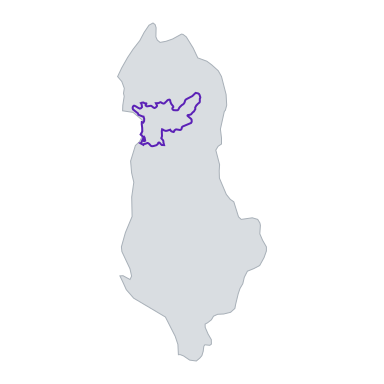 where Lezhë sits in Albania
{"feature_id": "ALB-1528", "entity_name": "Lezhë", "entity_type": "County", "adm_level": 1, "iso_a3": "ALB", "parent_name": "Albania", "parent_adm1": "", "projection": "orthographic", "projection_center": [19.841, 41.793], "detail": "fine", "context": "in_parent", "style": "outline", "palette": "violet", "viewbox_px": 384, "rotation_deg": 0, "n_neighbors": 0, "source": "natural_earth", "source_scale": "10m", "svg_char_len": 4045}
<svg xmlns="http://www.w3.org/2000/svg" viewBox="0 0 384 384"><path d="M122.6,110.8L122.8,105.2L124.2,96.3L123.5,93.4L124.3,88.3L121.8,81.5L117.6,76.6L121.7,67.9L127.6,57.5L133.1,49.2L139.8,40.6L144.2,32.3L149.0,25.2L153.0,23.0L155.1,24.6L156.1,27.7L155.9,36.9L157.3,40.1L160.1,42.4L166.0,41.3L172.6,39.0L181.5,34.1L183.0,34.4L186.3,36.9L193.2,48.1L197.8,57.9L206.8,61.2L211.9,65.0L218.3,70.8L221.5,76.6L226.1,94.5L226.7,105.2L225.4,110.2L224.3,111.5L220.4,129.1L221.5,138.1L221.5,144.0L218.1,146.3L215.8,150.1L219.6,164.7L219.2,170.9L219.4,178.1L226.3,194.4L230.3,199.4L233.8,201.8L238.5,216.8L241.2,219.4L252.3,217.8L257.7,219.4L259.9,223.0L260.4,225.4L259.8,233.8L262.6,240.3L266.4,246.9L266.4,251.0L264.0,257.7L259.7,265.5L253.8,268.6L247.4,271.2L244.3,277.3L242.8,283.7L240.0,288.5L238.2,293.8L235.6,304.5L234.9,308.4L230.6,312.3L223.7,314.0L217.6,314.3L213.5,316.2L211.4,319.8L207.5,322.8L205.1,324.1L205.2,327.4L208.1,334.1L211.3,339.6L211.4,344.1L209.8,345.3L204.8,344.8L203.8,346.4L203.2,351.3L201.9,355.6L199.8,358.1L196.3,361.0L189.7,360.1L183.5,355.9L180.2,354.6L178.4,354.7L177.9,344.4L175.2,336.3L165.4,317.0L133.7,298.2L126.3,289.7L123.1,282.6L119.9,275.9L123.0,275.7L126.1,277.4L130.0,279.5L131.6,276.1L130.0,268.8L121.9,251.6L121.4,246.9L125.4,232.6L132.1,216.5L131.7,197.0L133.8,182.3L131.6,172.8L130.6,161.1L135.4,145.5L139.5,141.7L142.1,136.7L142.3,120.1L133.1,112.4L122.6,110.8Z" fill="#d9dde1" stroke="#a8b0b8" stroke-width="1"/><path d="M140.4,143.2L141.2,143.0L142.8,139.1L143.4,139.1L143.5,140.3L143.8,141.0L144.4,141.1L145.2,140.7L144.6,137.7L144.1,136.9L143.4,137.6L143.0,136.7L140.6,134.5L142.3,131.4L142.2,127.9L141.7,124.1L141.8,122.1L143.3,122.6L144.1,121.1L144.2,118.8L143.5,116.6L142.9,116.6L138.3,114.7L138.0,113.4L133.0,109.4L132.6,108.0L132.9,106.7L133.6,105.8L134.3,105.7L135.5,106.2L138.3,107.9L139.8,108.6L141.0,108.2L142.0,107.1L141.7,104.8L141.3,103.6L140.9,103.1L141.8,102.7L143.2,102.5L143.5,102.5L143.8,102.7L144.1,103.0L144.5,103.2L145.1,103.3L146.0,103.3L146.3,103.4L146.4,103.7L146.3,103.9L146.0,104.3L145.7,104.8L145.6,105.3L145.8,105.6L146.1,105.9L146.8,106.3L147.5,106.3L150.6,105.8L151.3,105.9L151.9,106.3L153.5,107.6L154.5,108.0L155.3,107.7L156.0,107.2L156.6,106.6L156.9,106.2L157.0,105.8L156.9,105.3L155.9,103.2L158.5,103.1L160.1,102.3L160.6,102.2L161.2,102.5L161.9,103.0L163.2,103.5L163.9,103.5L164.5,103.3L164.9,102.9L165.5,102.2L166.4,101.5L167.2,100.5L168.1,99.9L169.0,99.7L169.6,99.7L170.1,100.2L170.2,100.7L170.4,101.9L171.1,103.5L171.4,104.1L173.1,106.2L173.3,106.7L173.3,107.1L173.1,107.4L172.4,108.1L172.3,108.5L172.4,109.0L172.7,109.5L173.2,109.9L173.9,110.2L177.1,110.3L177.8,110.1L178.3,109.7L179.2,107.9L179.8,107.1L181.7,105.2L183.0,104.4L183.7,103.8L184.5,102.6L185.2,100.3L185.9,99.5L186.9,98.9L192.3,96.1L195.6,92.9L198.1,93.4L199.1,94.1L199.5,94.8L200.2,96.9L200.3,97.6L200.1,98.2L199.8,98.8L199.8,99.6L199.8,100.4L199.8,101.5L199.7,102.1L199.5,102.5L197.9,103.8L197.5,104.2L197.3,104.5L197.1,104.8L196.8,104.9L196.6,105.1L196.3,105.5L195.2,107.5L195.3,109.1L193.9,111.5L192.9,112.2L191.9,113.3L191.1,114.3L190.1,114.7L189.1,114.9L188.2,115.0L187.7,115.2L187.5,115.5L187.6,115.9L191.2,119.0L191.6,119.8L191.7,121.4L191.6,122.0L191.0,123.0L182.9,126.4L182.3,126.8L181.9,127.3L181.6,128.7L181.3,129.3L180.7,129.8L180.0,130.0L177.0,129.5L176.1,129.4L175.6,129.6L174.6,130.3L174.3,130.6L174.2,130.9L174.2,131.3L173.9,131.8L173.4,132.0L171.6,131.4L171.1,131.0L170.7,130.7L170.2,129.7L168.6,130.2L167.1,130.7L165.9,130.9L164.1,130.4L163.1,129.7L162.4,129.4L162.1,129.3L161.8,131.2L162.0,136.0L161.7,137.4L161.5,137.7L161.3,138.1L161.5,138.5L162.8,140.0L163.2,140.6L163.4,141.4L163.4,142.3L164.1,145.1L161.8,145.0L161.2,144.5L160.4,143.7L159.7,142.8L159.2,142.5L158.8,142.5L158.3,142.8L158.1,143.3L158.0,143.7L157.4,144.4L156.4,145.2L153.7,146.0L152.4,146.2L151.4,146.1L150.7,145.6L150.3,145.2L149.6,144.3L149.2,143.9L147.8,143.0L147.3,143.0L145.4,143.8L144.1,143.9L143.8,144.1L143.7,144.2L143.4,144.9L140.7,143.4L140.4,143.2Z" fill="none" stroke="#5b21b6" stroke-width="2"/></svg>